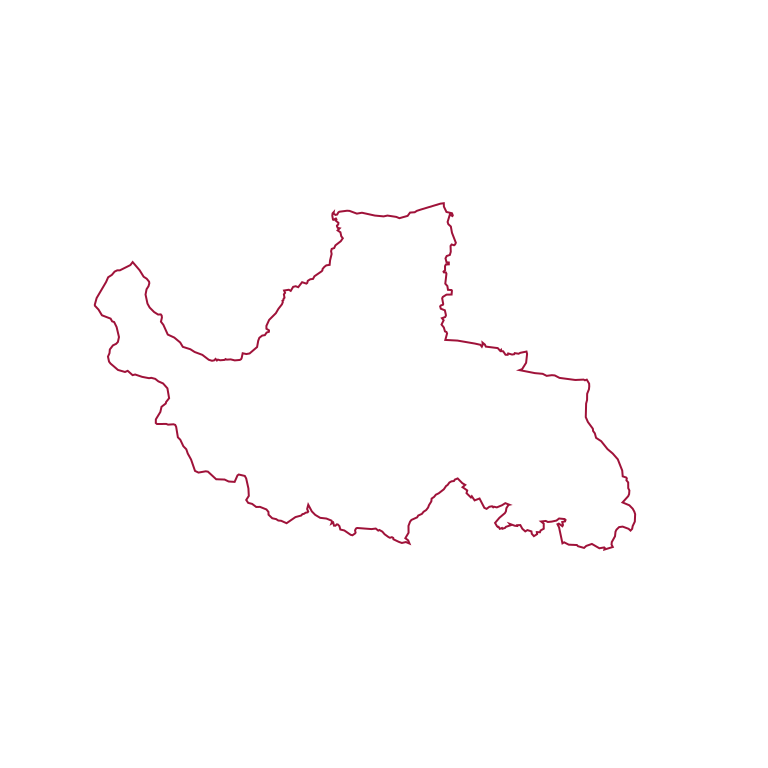 outline of Glodeni, Dâmbovita, Romania, rotated 216°
{"feature_id": "2599482B94470616232964", "entity_name": "Glodeni", "entity_type": "district", "adm_level": 2, "iso_a3": "ROU", "parent_name": "Romania", "parent_adm1": "Dâmbovita", "projection": "orthographic", "projection_center": [25.472, 45.017], "detail": "fine", "context": "isolated", "style": "outline", "palette": "rose", "viewbox_px": 768, "rotation_deg": 216, "n_neighbors": 0, "source": "geoboundaries", "source_scale": "gbopen_adm2", "svg_char_len": 6163}
<svg xmlns="http://www.w3.org/2000/svg" viewBox="0 0 768 768"><g transform="rotate(216 384 384)"><path d="M525.7,493.5L525.9,491.8L524.7,489.7L521.9,487.0L521.4,487.1L520.2,489.6L519.2,489.2L519.1,487.8L515.6,487.6L514.8,486.1L515.2,484.5L514.8,484.0L513.2,483.1L511.4,483.9L511.8,481.0L508.4,481.1L505.4,478.4L503.0,477.7L502.9,474.1L504.8,467.6L504.2,464.7L505.7,462.6L504.9,460.4L502.8,458.4L500.3,452.3L498.0,448.4L500.4,446.1L501.1,443.7L501.3,441.0L500.6,439.6L500.7,438.5L503.6,430.3L503.2,427.3L505.2,425.4L506.3,422.7L505.5,420.6L505.8,419.6L510.1,418.2L510.3,411.9L512.9,411.2L514.6,409.2L514.2,404.5L516.4,404.3L519.8,400.9L517.6,399.6L517.7,397.7L515.2,395.3L515.4,394.1L514.7,392.7L515.1,391.7L514.0,390.8L513.4,388.5L513.6,382.7L513.1,377.7L514.6,368.4L513.3,361.9L511.6,359.6L508.6,359.8L507.8,358.6L509.2,356.6L509.1,353.5L511.0,351.6L512.0,348.1L511.2,345.1L508.4,339.3L510.7,329.7L513.0,327.3L516.4,325.8L514.4,321.3L514.2,320.1L514.8,318.7L518.6,315.4L522.5,313.8L525.5,311.3L526.9,311.0L527.0,309.9L530.5,306.9L532.7,306.1L533.0,304.8L535.0,305.3L535.3,303.3L536.8,301.7L540.0,300.6L548.1,300.8L556.0,298.6L561.1,298.3L568.6,295.8L573.3,297.8L581.0,298.3L588.0,296.9L597.3,302.2L601.1,303.3L602.7,307.2L604.1,308.7L605.5,309.1L607.6,307.4L612.3,307.1L618.5,308.1L622.6,310.0L629.5,316.2L631.8,321.1L632.0,324.7L633.1,327.6L634.2,328.7L637.9,329.7L641.5,329.5L648.6,332.4L659.0,334.9L659.1,331.1L664.5,320.7L666.6,319.2L668.0,316.6L668.3,312.3L669.9,308.2L668.8,303.2L667.0,284.6L664.6,278.2L663.9,277.4L658.7,276.4L652.6,273.8L643.6,276.2L640.8,274.9L638.7,275.5L633.8,272.9L626.0,266.2L624.0,261.6L624.3,259.1L626.0,255.9L626.1,250.8L624.2,247.6L623.4,243.9L619.6,240.5L617.3,239.8L607.5,239.0L600.6,241.5L599.1,244.0L592.6,243.4L590.9,245.4L583.9,247.6L577.5,250.6L575.9,252.2L572.1,253.7L568.1,253.5L563.1,254.6L556.7,253.2L549.5,246.2L549.7,241.3L549.1,240.0L550.6,234.8L548.5,229.9L547.8,221.3L545.7,218.3L544.1,218.2L536.7,223.7L534.8,224.2L530.6,227.7L528.9,228.2L527.0,227.2L519.4,219.7L516.1,219.2L509.7,215.7L505.6,215.0L501.9,212.4L495.7,209.5L485.8,202.6L482.0,203.3L476.9,208.6L474.9,209.6L463.8,208.3L456.8,213.0L452.4,213.8L447.3,217.0L448.8,223.9L448.3,225.4L442.6,227.8L440.0,226.6L432.3,219.8L427.6,214.0L427.3,209.2L424.0,208.0L420.2,209.5L415.1,209.4L412.1,211.7L405.4,213.4L402.3,212.6L400.6,210.4L395.5,209.7L391.8,211.3L389.3,211.4L386.8,212.9L381.0,214.1L377.4,224.3L373.7,228.9L373.5,230.8L372.5,231.8L371.7,233.9L370.4,235.2L370.3,236.2L372.7,237.7L374.3,241.8L367.5,238.5L362.7,237.7L357.0,238.2L351.5,241.3L346.2,242.6L345.0,242.0L344.5,240.2L343.7,242.1L341.2,240.0L340.0,240.8L339.7,242.7L338.8,243.2L336.5,242.8L333.8,240.6L330.0,242.2L322.3,242.4L320.6,243.1L319.6,246.0L319.6,247.0L321.3,248.5L321.6,249.6L321.6,251.0L321.0,251.8L308.8,259.3L305.7,262.2L302.5,262.0L301.9,263.2L298.6,263.6L295.2,262.8L290.4,262.8L288.8,263.1L287.6,264.7L286.1,264.9L285.1,263.9L279.2,265.0L276.1,265.9L273.4,269.0L269.6,269.9L272.5,271.7L276.1,271.8L276.7,278.1L280.8,283.6L282.0,288.0L281.9,290.2L278.8,295.6L279.0,297.7L277.0,301.2L276.9,303.9L275.8,306.8L275.7,310.0L276.4,312.4L276.7,316.8L278.1,319.3L277.1,322.2L277.0,324.9L275.5,327.7L273.7,334.0L273.8,338.1L273.2,339.6L273.2,342.7L272.2,344.9L270.4,346.6L270.5,348.3L268.9,350.9L262.4,349.8L259.0,350.1L259.8,346.7L254.1,346.8L253.1,344.2L247.0,343.3L247.0,344.8L242.3,343.1L239.4,347.5L230.0,342.8L227.6,343.3L226.6,346.6L224.7,348.6L223.2,348.4L223.0,349.3L220.2,350.5L217.3,355.2L215.8,358.9L211.6,360.0L212.2,359.3L212.0,355.5L210.5,352.6L210.3,350.6L212.0,343.6L212.5,336.9L209.1,335.4L207.8,335.2L207.4,335.8L205.2,334.9L203.9,336.9L203.1,336.5L201.5,338.7L201.4,340.1L198.5,344.2L200.2,344.7L194.9,346.2L192.8,347.4L193.3,348.0L190.8,350.0L187.0,348.2L183.1,347.8L182.1,350.1L178.1,351.4L176.4,349.7L173.3,349.0L171.9,352.5L173.3,354.0L170.7,355.7L171.2,357.6L169.7,360.8L172.7,364.9L176.1,365.1L172.6,368.3L170.3,368.7L167.4,371.3L164.2,374.9L163.3,378.1L158.5,380.9L157.3,380.7L157.5,380.1L156.8,379.3L158.7,377.1L156.3,375.1L156.1,373.8L160.5,373.8L161.2,372.5L158.1,370.9L146.0,360.0L145.2,361.8L140.1,362.6L133.3,367.1L131.7,366.8L125.8,369.0L125.2,371.9L121.8,376.8L113.2,377.7L109.8,381.2L109.0,381.1L108.4,379.6L103.1,386.6L105.6,387.9L106.8,390.0L107.6,396.6L109.9,400.6L110.3,402.8L109.7,406.4L107.1,408.9L101.0,410.6L98.4,410.3L98.1,412.7L99.3,415.2L100.2,420.1L104.3,426.3L106.5,427.9L109.5,429.3L114.2,430.1L121.4,428.4L120.5,436.8L121.0,439.0L122.9,442.1L125.2,443.3L128.6,447.9L131.3,448.6L132.1,450.4L133.1,450.7L136.6,449.6L140.4,454.0L150.6,460.5L158.1,462.2L164.9,462.7L174.7,465.4L180.8,465.1L184.4,468.0L187.2,468.9L188.8,470.6L196.7,473.1L201.3,475.8L209.0,487.0L210.3,490.4L213.9,495.5L215.1,500.2L216.6,502.8L218.3,504.9L222.5,506.7L223.6,505.1L225.1,504.9L231.6,499.7L245.6,492.1L250.9,491.3L253.4,489.8L257.2,486.2L261.6,485.5L268.3,481.5L282.5,474.9L281.0,477.2L281.5,484.7L285.9,492.4L287.8,494.0L292.1,489.3L292.9,487.6L296.4,485.8L296.2,484.6L297.7,483.1L301.5,481.7L301.1,480.3L302.9,479.1L306.8,480.5L308.3,479.6L309.3,480.4L309.4,479.1L313.1,479.9L323.6,474.1L325.6,475.2L328.6,475.4L327.2,473.8L326.8,471.7L329.0,472.4L334.3,470.1L350.1,462.3L360.3,455.7L362.7,462.0L364.1,462.8L365.6,462.4L368.8,464.9L372.4,465.9L373.2,470.6L375.8,471.3L373.9,474.1L374.1,475.7L374.9,476.6L378.1,479.4L382.3,478.3L384.2,479.8L384.2,480.9L382.9,482.8L383.1,483.5L387.3,487.5L387.6,489.0L386.0,493.0L381.9,496.1L383.9,499.4L384.6,499.7L387.6,497.8L390.3,500.5L393.4,501.2L398.3,509.9L399.5,510.6L401.2,509.5L401.9,509.9L401.5,512.0L403.9,515.2L404.2,517.0L401.9,518.9L403.0,520.4L404.9,519.2L408.1,521.8L408.5,524.4L406.6,527.1L407.7,530.2L411.3,534.8L411.3,536.6L408.9,537.4L408.5,538.6L408.9,540.5L417.9,546.3L422.5,550.7L425.9,551.1L427.8,552.5L430.3,559.7L427.4,560.1L427.5,560.9L429.4,562.1L434.6,559.9L439.8,562.7L441.9,565.4L444.4,563.0L456.8,546.7L459.2,543.4L460.1,541.0L463.7,538.0L463.7,533.9L469.0,527.2L472.3,526.4L480.2,522.3L482.8,519.4L490.4,514.9L502.5,509.6L506.1,505.9L513.6,503.8L515.7,502.5L521.4,497.1L521.8,495.9L521.5,493.6L522.6,492.3L525.0,492.2L525.7,493.5Z" fill="none" stroke="#9f1239" stroke-width="2"/></g></svg>